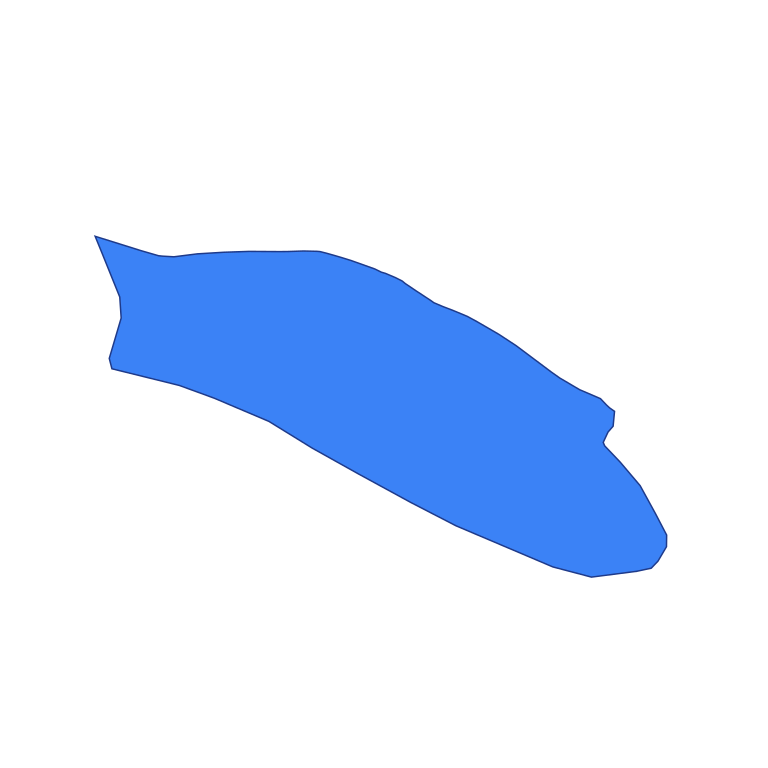 Monchy/La Retraite, Gros Islet, Saint Lucia, rotated 293°
{"feature_id": "8701671B23608310651096", "entity_name": "Monchy/La Retraite", "entity_type": "district", "adm_level": 2, "iso_a3": "LCA", "parent_name": "Saint Lucia", "parent_adm1": "Gros Islet", "projection": "robinson", "projection_center": [-60.945, 14.064], "detail": "fine", "context": "isolated", "style": "filled", "palette": "blue", "viewbox_px": 768, "rotation_deg": 293, "n_neighbors": 0, "source": "geoboundaries", "source_scale": "gbopen_adm2", "svg_char_len": 984}
<svg xmlns="http://www.w3.org/2000/svg" viewBox="0 0 768 768"><g transform="rotate(293 384 384)"><path d="M407.1,60.4L394.2,73.4L360.8,106.8L342.0,116.3L300.2,121.1L291.7,127.6L302.7,196.2L304.6,233.5L304.6,292.7L296.9,343.2L291.2,395.9L285.4,455.1L281.6,505.6L281.6,556.9L281.6,610.9L287.3,650.4L310.4,689.9L318.9,702.0L322.7,703.4L327.9,705.4L344.6,707.6L355.4,703.2L370.7,684.6L390.5,659.5L404.3,632.1L413.3,611.3L415.9,608.6L427.3,609.0L434.7,611.4L448.9,606.9L450.2,600.9L451.7,596.8L455.1,589.0L455.2,566.3L458.2,543.4L460.4,533.3L470.9,490.7L474.6,470.3L477.7,445.5L478.8,434.3L478.7,419.5L478.3,407.7L478.3,398.2L479.1,394.6L482.3,377.0L484.8,364.2L485.9,360.6L486.4,353.0L486.4,342.1L485.9,337.9L486.3,330.7L484.8,305.3L483.8,295.4L483.0,288.5L481.9,279.8L480.9,273.4L480.0,270.6L475.0,258.0L468.5,244.0L465.3,236.7L453.3,207.9L442.6,184.9L430.9,161.4L419.0,140.9L415.2,130.3L414.0,126.4L411.8,108.2L407.1,60.4Z" fill="#3b82f6" stroke="#1e3a8a" stroke-width="1.5"/></g></svg>